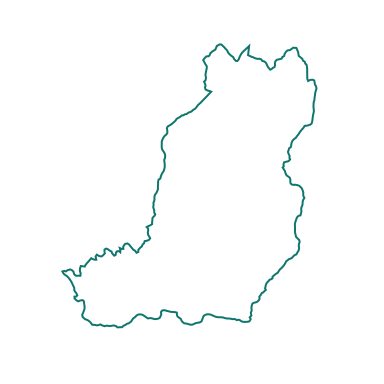 outline of Chapada da Natividade, Tocantins, Brazil, rotated 348°
{"feature_id": "56859067B42191858406182", "entity_name": "Chapada da Natividade", "entity_type": "district", "adm_level": 2, "iso_a3": "BRA", "parent_name": "Brazil", "parent_adm1": "Tocantins", "projection": "robinson", "projection_center": [-47.867, -11.515], "detail": "fine", "context": "isolated", "style": "outline", "palette": "teal", "viewbox_px": 384, "rotation_deg": 348, "n_neighbors": 0, "source": "geoboundaries", "source_scale": "gbopen_adm2", "svg_char_len": 5993}
<svg xmlns="http://www.w3.org/2000/svg" viewBox="0 0 384 384"><g transform="rotate(348 192 192)"><path d="M323.3,149.8L324.3,147.9L326.2,142.4L327.2,140.3L328.1,138.0L328.3,136.1L328.5,134.1L329.3,130.8L330.0,128.8L330.9,127.5L331.3,125.8L332.6,122.3L333.2,120.5L334.2,118.6L335.3,116.5L335.3,114.3L334.6,112.5L334.8,108.3L333.4,107.3L330.8,106.9L328.7,107.6L328.3,105.2L330.4,94.7L330.5,91.2L329.5,90.0L329.4,88.1L327.9,86.6L327.5,84.5L324.7,81.1L324.8,78.7L324.9,76.8L324.5,75.2L324.0,72.8L321.1,71.9L319.2,72.7L317.2,73.6L315.1,73.3L313.2,74.3L311.3,76.2L310.4,78.2L308.5,78.7L307.3,80.2L304.5,80.3L302.4,80.3L300.8,81.4L299.9,82.9L299.6,85.4L298.6,87.0L296.9,87.4L295.4,88.3L293.9,88.6L292.7,86.4L291.9,84.2L291.6,82.5L291.0,80.6L289.7,79.2L288.1,78.5L287.2,76.6L285.5,75.6L284.0,75.5L281.9,74.5L280.0,73.1L278.2,72.0L275.3,69.8L278.2,61.1L276.6,62.1L271.2,65.3L269.6,66.5L268.0,68.1L266.6,69.9L265.1,72.2L263.5,73.3L262.1,72.8L260.9,70.8L260.3,68.5L258.8,67.0L257.4,65.1L256.4,63.4L256.0,61.7L255.4,60.1L254.4,58.6L253.7,57.2L252.6,55.7L251.5,53.9L249.8,53.4L246.7,54.3L244.4,57.6L242.7,58.2L241.0,58.8L238.9,60.0L237.8,61.7L236.5,62.7L234.4,62.3L232.1,63.7L230.4,65.3L231.7,69.8L232.5,71.7L232.4,73.3L231.0,76.6L230.2,78.4L229.5,80.5L229.4,83.5L228.4,85.6L226.7,86.6L227.2,88.5L227.4,90.8L226.4,92.4L226.6,94.6L228.7,96.2L230.4,97.0L231.6,97.9L218.8,106.6L215.8,108.3L214.2,109.8L212.7,111.0L211.3,111.6L209.8,112.1L208.6,113.0L207.0,113.4L205.1,113.6L203.0,114.6L200.9,114.6L199.4,115.2L197.9,115.0L196.4,115.9L194.2,116.6L192.1,117.3L191.0,118.5L189.6,119.5L186.2,121.3L184.3,122.1L181.9,122.8L180.7,124.4L180.6,127.0L180.1,129.2L178.8,130.5L177.1,131.3L175.4,132.8L174.0,134.6L173.0,136.1L172.5,138.3L171.9,140.9L171.6,142.6L171.7,144.3L172.6,146.6L173.3,148.6L173.4,150.6L172.7,153.0L171.4,155.0L171.3,157.1L171.0,159.8L170.5,161.8L169.9,163.4L168.6,165.7L166.6,167.6L165.4,169.2L164.5,170.8L163.8,172.3L161.9,172.9L160.8,175.3L160.6,177.0L160.0,178.8L159.6,180.4L159.3,182.2L157.1,185.4L155.2,187.0L154.2,188.9L153.9,191.1L153.1,193.1L152.1,194.3L151.8,196.4L150.9,198.9L151.2,202.0L150.8,204.6L151.4,206.2L150.5,207.4L149.1,208.3L147.8,209.4L147.4,211.3L146.8,212.9L146.3,215.1L144.0,216.0L142.2,216.3L140.4,216.9L141.5,218.6L141.1,220.7L140.3,222.6L140.2,224.9L141.0,226.8L141.4,228.7L139.7,230.0L137.4,230.3L135.5,230.2L134.3,232.3L132.8,233.0L131.7,234.8L129.8,235.7L127.5,237.4L127.0,239.5L125.1,239.9L124.2,237.7L122.6,236.2L121.4,234.0L119.4,230.1L117.9,228.8L115.5,229.0L113.4,231.1L113.0,233.4L111.4,233.0L109.7,231.8L109.9,234.0L109.3,236.0L108.3,234.7L106.3,234.4L105.0,235.5L104.3,237.6L102.7,238.1L101.8,236.6L101.1,235.2L100.9,233.5L99.2,232.1L97.7,230.4L96.3,229.5L94.5,230.1L94.0,232.0L94.0,233.9L92.2,235.2L90.3,236.2L88.8,235.8L87.4,235.0L85.9,233.5L84.3,235.0L84.3,238.3L82.7,238.0L81.0,237.0L79.7,235.8L78.1,237.0L76.4,238.4L74.5,239.7L72.7,241.2L71.6,242.6L69.9,242.0L67.8,241.3L66.5,243.6L65.9,245.9L66.2,248.4L65.4,250.7L60.9,249.7L59.7,248.0L59.4,244.9L58.2,243.5L56.8,242.4L53.7,242.7L52.2,243.5L50.7,242.6L48.7,242.8L49.6,245.5L51.2,247.3L52.3,248.5L53.2,249.9L54.3,252.0L55.0,253.8L55.6,255.6L55.9,257.2L56.9,261.4L56.4,263.8L57.0,265.3L57.8,266.9L58.3,269.3L56.9,270.2L55.3,269.9L55.0,271.8L56.6,274.1L58.0,275.3L60.3,274.9L62.4,275.0L63.5,276.2L63.1,281.8L62.6,283.9L61.6,285.6L60.4,287.5L59.0,289.4L59.1,291.6L60.0,292.8L60.9,294.2L62.9,295.3L64.5,296.9L65.6,298.5L66.8,301.1L69.4,301.8L71.0,302.6L72.8,302.8L74.9,302.5L76.6,304.0L78.7,305.1L80.9,305.0L83.5,306.0L87.8,306.3L89.6,307.2L90.9,308.9L92.9,309.2L95.4,309.7L97.2,308.6L99.1,308.2L101.0,307.4L103.1,307.2L105.7,305.9L107.5,304.0L109.0,303.0L110.6,302.4L112.2,301.2L114.1,300.7L115.9,300.9L118.0,301.8L119.5,303.2L122.4,306.4L123.8,306.6L125.3,306.7L126.9,307.4L128.6,308.4L130.2,308.8L132.2,308.9L134.1,308.5L135.2,307.3L136.5,305.3L136.7,303.0L138.0,301.8L139.5,301.7L141.2,302.2L142.6,303.0L144.3,303.8L146.0,304.7L149.0,305.6L150.5,306.0L152.1,306.8L151.7,309.3L152.0,310.9L153.5,312.5L154.7,313.9L155.0,315.7L155.7,317.1L156.8,318.6L158.4,319.3L159.8,319.8L161.4,320.7L163.1,321.6L165.2,321.8L166.7,321.4L168.8,321.0L170.8,321.1L172.3,321.2L174.3,320.6L175.7,318.6L176.7,316.9L177.8,315.5L179.7,314.9L181.7,314.8L183.1,315.1L184.7,315.8L186.0,316.7L188.9,318.8L190.8,319.7L192.3,320.1L194.1,320.5L195.9,321.0L198.2,322.3L200.2,323.1L201.7,323.4L203.3,323.9L204.9,324.7L206.7,325.0L208.0,325.5L209.2,326.7L211.1,326.6L212.4,327.5L213.6,328.9L215.3,329.7L216.9,330.1L218.8,330.4L220.6,330.6L222.0,329.8L223.0,328.4L222.4,326.6L224.4,325.2L224.4,322.4L225.8,320.3L225.9,318.2L226.6,315.9L227.9,313.7L229.7,313.2L231.8,313.2L233.5,312.7L234.8,311.8L235.9,310.5L236.1,308.3L237.7,307.2L239.3,305.3L240.9,305.0L242.4,303.9L243.9,303.1L243.4,301.4L244.2,300.0L244.8,298.4L246.2,296.5L248.2,295.1L249.7,293.9L251.2,293.8L252.8,293.2L253.1,291.7L254.9,290.6L257.1,289.5L259.1,288.8L260.9,286.9L262.2,285.8L263.8,285.0L265.2,283.9L266.5,283.0L268.1,281.4L269.7,279.4L271.6,278.5L273.1,277.7L274.6,277.7L276.3,277.1L277.8,275.9L279.5,275.0L281.2,274.7L282.2,273.4L283.5,272.1L284.5,270.7L285.1,269.1L285.2,267.1L285.7,265.2L286.8,263.5L287.0,261.5L284.5,257.6L284.4,255.1L284.4,252.6L285.0,249.9L285.5,247.4L285.9,245.0L286.9,242.7L288.2,240.6L289.2,239.0L290.2,238.0L291.8,237.4L293.2,237.4L294.2,235.6L295.0,233.7L295.2,231.7L295.8,229.8L297.3,227.8L298.4,224.0L299.4,222.5L300.7,221.1L300.2,219.5L300.2,217.8L300.8,215.4L300.5,213.1L300.1,211.1L298.3,208.3L296.7,207.3L294.7,206.4L292.7,206.1L291.3,205.5L290.2,204.1L290.4,202.0L290.8,200.1L290.6,198.3L287.9,195.3L287.3,192.8L287.3,190.9L286.5,188.8L285.8,186.9L287.1,186.0L287.2,184.0L288.3,182.1L292.8,181.9L294.8,180.5L294.4,178.8L295.0,177.0L294.4,174.7L294.2,172.7L295.2,171.2L296.0,169.5L297.9,168.7L298.8,166.8L299.6,164.6L300.9,162.8L302.9,161.4L304.8,160.6L306.5,159.0L308.5,157.4L309.6,156.1L312.5,153.7L314.4,152.4L315.9,150.7L317.9,151.0L319.8,150.9L321.7,150.7L323.3,149.8Z" fill="none" stroke="#0f766e" stroke-width="2"/></g></svg>